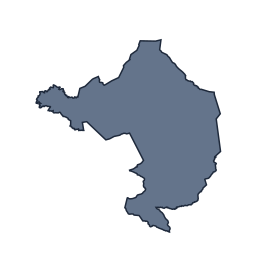 the district of San Mateo Río Hondo, Oaxaca, Mexico, rotated 102°
{"feature_id": "50627088B41033546830678", "entity_name": "San Mateo Río Hondo", "entity_type": "district", "adm_level": 2, "iso_a3": "MEX", "parent_name": "Mexico", "parent_adm1": "Oaxaca", "projection": "equal_earth", "projection_center": [-96.499, 16.1], "detail": "fine", "context": "isolated", "style": "filled", "palette": "slate", "viewbox_px": 256, "rotation_deg": 102, "n_neighbors": 0, "source": "geoboundaries", "source_scale": "gbopen_adm2", "svg_char_len": 5827}
<svg xmlns="http://www.w3.org/2000/svg" viewBox="0 0 256 256"><g transform="rotate(102 128 128)"><path d="M221.1,65.8L219.6,66.3L218.3,65.9L217.4,66.0L216.4,66.6L215.2,68.6L214.6,69.2L213.9,69.4L212.5,68.9L211.9,68.9L210.3,69.9L209.2,71.8L208.6,72.6L207.3,73.8L205.4,75.1L203.9,76.8L203.3,77.9L202.9,79.0L202.0,79.8L201.5,80.7L201.3,81.1L201.1,82.5L200.6,83.4L199.8,84.1L199.7,83.5L199.7,83.3L199.5,82.8L199.2,81.9L199.5,81.2L199.4,80.5L198.9,80.3L198.7,79.7L198.8,78.8L198.5,78.0L198.9,77.7L199.0,76.0L198.8,75.7L198.0,75.1L197.8,73.9L197.4,73.8L197.4,73.1L197.3,72.7L197.9,72.4L197.8,71.5L198.1,70.4L198.0,69.4L198.2,68.5L198.2,67.5L197.6,66.2L197.8,65.5L197.6,65.1L197.1,64.7L196.8,64.9L196.6,64.7L196.6,63.9L196.2,63.6L195.3,63.9L195.1,63.0L194.7,62.8L194.6,62.0L194.0,61.1L193.8,61.0L193.6,59.5L193.2,59.4L192.8,59.2L193.0,57.8L191.7,56.0L191.9,55.3L191.5,53.6L190.6,53.0L190.1,51.3L190.1,50.4L189.5,50.3L188.7,49.2L187.6,49.1L186.8,47.5L186.4,47.5L186.4,47.0L185.4,45.5L184.2,44.7L184.1,44.8L182.7,44.6L179.1,45.7L177.9,45.6L175.7,44.3L175.2,43.5L175.1,43.8L172.5,42.2L171.1,42.1L167.3,39.4L162.3,42.2L161.8,41.9L160.6,39.1L159.8,38.3L157.7,37.2L156.6,36.9L154.3,35.6L153.5,35.5L153.0,34.9L153.0,34.5L152.7,34.0L152.2,33.8L151.4,33.0L150.5,33.1L149.5,33.9L148.9,33.9L145.5,35.0L145.1,34.4L144.4,34.3L144.1,34.7L143.6,36.5L143.0,37.2L142.4,37.1L142.2,37.4L140.5,36.8L139.9,37.0L139.4,36.9L139.0,36.4L138.6,36.2L138.9,37.1L138.1,37.2L131.7,32.6L100.8,43.6L94.9,40.7L77.6,50.4L75.1,51.2L75.6,56.1L74.9,64.4L75.2,65.4L75.3,65.6L74.5,66.8L74.4,67.5L73.5,67.7L73.3,68.8L72.8,69.0L72.4,70.1L72.6,70.9L72.5,71.2L72.3,71.3L72.4,71.8L72.2,72.3L71.6,73.0L71.3,73.0L70.6,73.0L69.3,74.8L69.6,76.2L69.1,76.8L69.4,77.5L69.4,77.9L69.2,79.7L68.6,80.6L68.7,81.3L67.6,82.1L65.3,82.6L64.9,82.5L64.8,82.8L63.9,83.3L62.0,86.0L59.4,90.9L57.7,93.4L55.9,94.9L55.1,96.2L54.7,98.1L53.0,99.8L50.4,102.2L49.7,103.7L48.3,105.1L46.9,110.8L46.0,111.5L44.9,113.3L34.9,114.1L37.3,119.1L40.2,134.2L44.1,134.8L45.0,134.3L50.2,135.5L55.5,140.4L60.6,140.9L60.8,140.4L64.2,143.3L67.9,145.4L69.6,144.8L80.6,147.6L85.3,153.8L90.1,158.9L91.1,160.2L90.5,161.2L90.2,161.4L89.4,162.2L89.0,162.2L88.9,163.4L89.2,164.2L89.1,165.3L88.5,165.6L88.1,165.6L87.6,165.9L86.7,165.7L85.4,166.8L83.8,167.7L87.0,172.2L87.9,173.1L96.1,178.6L99.3,183.3L107.6,183.5L107.7,183.9L108.1,183.7L108.2,184.3L109.0,184.7L109.3,185.0L109.1,185.5L108.6,186.2L108.6,186.5L109.0,186.8L109.6,186.7L110.2,187.7L110.1,188.5L109.6,188.8L109.5,189.4L110.3,191.1L110.1,191.7L109.6,192.4L109.8,192.9L110.4,192.5L110.8,192.7L110.7,193.3L110.4,193.6L109.6,193.9L109.4,194.8L109.0,194.9L109.2,195.5L109.1,195.8L108.5,195.8L108.1,196.9L107.7,197.2L106.5,197.2L106.1,197.6L106.1,198.7L105.8,199.0L105.4,198.4L104.9,198.5L104.4,199.3L103.9,199.2L103.2,199.5L103.1,199.9L103.4,201.1L104.3,202.1L104.7,202.9L104.5,203.6L104.0,203.3L103.2,203.8L103.1,203.4L102.3,202.9L102.1,203.1L102.1,203.4L102.8,204.9L102.8,205.5L102.7,206.0L102.3,206.6L101.5,208.7L101.4,209.9L101.9,210.0L103.6,209.4L104.1,209.5L104.1,212.2L105.5,213.1L106.1,212.3L106.8,212.7L107.2,213.8L109.2,214.5L109.4,215.3L108.7,215.9L108.7,216.3L109.3,217.3L110.9,217.0L110.9,217.5L110.7,218.2L110.1,219.1L110.9,221.8L111.4,221.8L112.7,221.0L114.6,221.4L115.5,222.6L116.3,222.1L117.6,223.0L118.4,223.3L119.0,223.4L119.7,222.3L120.5,222.9L122.6,223.1L122.8,222.8L122.8,221.2L122.6,221.4L122.3,222.0L122.1,222.1L121.8,221.6L121.2,221.2L120.9,220.4L121.0,220.2L121.7,220.0L121.9,218.9L122.1,218.5L122.7,219.4L123.4,219.5L124.3,218.7L125.0,219.2L125.6,218.7L126.1,219.1L126.4,218.9L126.5,218.4L126.4,217.7L126.2,217.4L125.8,217.0L125.2,216.8L124.8,216.1L124.3,215.8L124.1,215.1L124.5,214.6L124.2,214.1L123.6,213.8L123.1,212.6L123.3,211.8L123.7,211.4L123.3,210.0L123.3,209.2L123.2,208.4L123.3,208.3L123.9,208.3L124.8,208.9L126.7,209.5L127.2,209.8L127.5,209.8L127.4,208.8L127.7,208.4L127.6,207.8L127.2,207.0L127.5,206.3L126.6,204.8L127.0,204.7L127.4,204.9L127.9,204.8L128.5,204.0L128.6,203.5L128.0,201.6L128.0,201.0L127.7,199.3L126.9,198.3L126.8,197.9L126.9,197.4L127.9,196.6L129.3,194.9L129.7,194.2L130.2,193.9L130.0,192.3L130.3,190.7L130.9,188.9L131.2,188.4L132.0,188.2L132.8,185.6L136.5,184.8L137.9,185.1L137.8,184.7L137.8,184.4L138.6,184.0L138.7,183.2L139.2,182.8L139.5,182.6L139.6,181.9L139.9,181.7L140.0,181.1L139.6,180.8L139.7,180.1L140.8,179.7L140.7,179.0L139.9,177.9L139.7,176.8L139.2,176.4L139.4,176.0L140.0,176.1L140.7,175.6L140.3,174.7L140.1,173.4L139.7,172.7L139.8,171.7L139.6,171.0L139.2,171.5L138.9,171.1L132.0,173.8L130.4,169.7L144.2,147.2L142.4,143.7L139.1,139.8L137.0,135.0L136.3,134.0L135.3,133.2L134.9,132.2L134.2,131.4L133.8,129.8L134.0,128.0L132.7,125.4L156.4,106.1L159.2,107.4L160.7,108.8L162.0,111.0L163.2,111.3L163.6,111.3L164.0,110.9L164.5,111.6L164.6,112.2L165.8,113.1L166.9,114.2L168.9,117.7L169.5,117.4L169.5,115.7L169.9,113.4L170.5,111.1L170.5,110.5L170.9,109.5L171.6,109.3L171.9,109.1L171.8,107.4L172.3,106.0L172.7,105.3L172.7,104.5L173.9,101.5L174.7,101.2L175.9,101.2L176.8,102.0L177.2,102.0L178.9,101.1L181.3,100.9L182.1,100.5L182.7,99.9L182.7,99.2L183.3,99.0L184.0,98.0L185.8,98.3L187.9,99.9L188.9,100.2L190.1,101.8L190.7,103.2L191.6,104.8L193.5,105.6L194.1,105.7L194.5,106.2L196.0,108.7L196.7,110.5L196.9,111.9L196.8,112.7L196.4,113.3L196.3,113.8L196.6,114.2L206.7,114.5L207.0,113.6L209.2,112.4L210.4,111.1L211.8,109.9L212.0,109.3L211.9,108.3L211.4,106.9L211.1,105.1L211.9,104.0L211.3,98.9L215.8,94.2L215.6,93.8L215.7,93.3L215.4,92.6L215.6,91.5L215.4,91.4L215.3,90.9L215.4,89.6L216.3,88.5L217.5,88.5L217.8,88.1L218.1,87.2L218.7,86.7L219.3,86.6L219.9,85.7L219.9,85.2L219.0,83.9L218.4,83.8L218.1,83.2L218.1,80.7L218.2,80.2L219.0,79.3L219.2,77.5L219.5,76.9L220.0,73.1L220.5,71.7L220.5,70.7L220.8,69.8L220.8,69.5L220.5,69.2L220.5,68.5L221.0,66.9L221.1,65.8Z" fill="#64748b" stroke="#1e293b" stroke-width="1.5"/></g></svg>